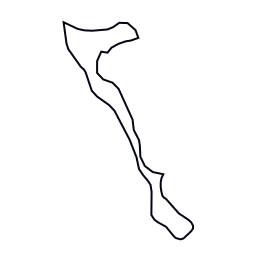 outline of Cat Island, rotated 187°
{"feature_id": "BHS-5030", "entity_name": "Cat Island", "entity_type": "District", "adm_level": 1, "iso_a3": "BHS", "parent_name": "The Bahamas", "parent_adm1": "", "projection": "albers", "projection_center": [-75.539, 24.414], "detail": "fine", "context": "isolated", "style": "outline", "palette": "ink", "viewbox_px": 256, "rotation_deg": 187, "n_neighbors": 0, "source": "natural_earth", "source_scale": "10m", "svg_char_len": 916}
<svg xmlns="http://www.w3.org/2000/svg" viewBox="0 0 256 256"><g transform="rotate(187 128 128)"><path d="M196.8,198.9L199.3,204.2L204.8,225.1L189.9,220.2L183.1,219.6L175.3,220.2L160.4,223.3L155.2,226.2L149.5,231.3L141.3,232.1L132.5,226.1L128.7,218.7L135.9,215.1L140.7,213.8L147.7,210.4L154.2,205.7L157.5,200.3L163.9,200.5L166.8,190.7L165.4,178.9L158.5,173.2L148.9,171.1L142.1,165.7L124.5,136.9L122.0,126.7L115.6,117.3L114.2,112.4L112.2,100.9L106.6,92.3L98.1,87.3L87.3,86.4L88.6,82.6L88.9,78.3L88.4,73.7L87.3,69.4L85.6,65.0L83.9,63.3L81.6,62.2L67.1,49.4L56.6,44.1L53.7,42.0L51.5,38.9L51.2,36.2L52.7,33.3L59.5,25.1L62.3,23.9L67.2,24.6L69.4,26.2L78.2,34.6L86.7,38.0L90.6,40.2L94.2,44.5L96.8,67.5L98.7,74.3L101.9,78.1L107.2,83.0L112.1,88.7L116.0,100.0L125.1,116.8L143.6,143.6L149.5,148.4L162.4,155.4L168.5,160.6L176.7,177.8L178.7,180.5L182.3,183.0L196.8,198.9Z" fill="none" stroke="#020617" stroke-width="2"/></g></svg>